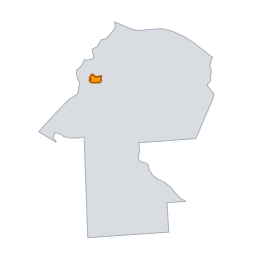 location of Chiquimula, Chiquimula, Guatemala, rotated 176°
{"feature_id": "79465075B13186946486683", "entity_name": "Chiquimula", "entity_type": "district", "adm_level": 2, "iso_a3": "GTM", "parent_name": "Guatemala", "parent_adm1": "Chiquimula", "projection": "natural_earth1", "projection_center": [-89.563, 14.792], "detail": "fine", "context": "in_parent", "style": "filled", "palette": "amber", "viewbox_px": 256, "rotation_deg": 176, "n_neighbors": 0, "source": "geoboundaries", "source_scale": "gbopen_adm2", "svg_char_len": 3214}
<svg xmlns="http://www.w3.org/2000/svg" viewBox="0 0 256 256"><g transform="rotate(176 128 128)"><path d="M38.7,192.4L39.8,191.1L40.8,188.0L42.1,184.8L41.3,181.1L40.9,178.1L42.3,173.8L42.2,170.5L42.8,168.5L44.8,167.2L45.9,164.8L40.2,156.2L40.2,154.3L40.9,151.9L45.7,142.7L51.3,131.9L57.4,119.9L61.1,112.7L74.6,112.7L83.5,112.7L94.8,112.6L107.1,112.6L115.2,112.6L118.5,112.6L118.0,107.9L118.4,102.7L119.9,98.0L119.9,95.9L117.5,93.4L112.8,91.9L110.2,89.6L110.2,86.8L109.1,83.4L106.8,79.3L102.2,75.2L95.1,71.0L89.0,65.3L84.1,58.2L79.9,53.6L76.6,51.7L75.8,50.7L85.4,50.8L94.4,50.8L94.4,40.6L94.5,31.6L94.6,21.3L110.9,21.3L130.3,21.4L150.5,21.4L166.4,21.4L175.7,21.4L175.3,34.1L174.8,48.8L174.4,59.6L174.0,74.0L173.5,88.8L172.8,108.9L172.4,121.9L172.6,122.2L177.9,121.5L185.7,122.1L187.7,122.1L190.1,123.2L191.9,123.5L195.9,126.5L200.6,128.7L203.6,124.2L202.0,121.5L200.8,120.2L201.0,119.0L217.3,130.5L215.4,132.3L211.3,136.4L203.8,143.5L197.0,149.8L190.6,155.5L184.7,160.7L184.0,161.2L176.6,164.9L175.4,166.6L173.8,173.8L173.1,175.6L174.4,179.7L175.8,185.9L175.3,189.2L170.2,193.2L167.9,196.8L166.8,199.2L165.9,198.6L164.3,198.4L160.7,199.3L158.9,199.5L157.4,200.5L157.3,202.8L158.2,206.4L158.6,208.3L157.6,209.2L153.1,211.4L151.3,213.5L149.6,216.9L147.6,218.3L145.5,218.0L144.1,218.5L140.9,221.0L136.2,225.9L133.7,229.5L133.6,232.2L134.1,234.7L117.0,226.1L111.3,224.6L87.2,224.8L76.9,221.4L65.1,214.9L57.2,209.0L38.7,192.4Z" fill="#d9dde1" stroke="#a8b0b8" stroke-width="1"/><path d="M151.3,177.6L151.2,178.0L151.3,178.5L151.4,179.0L151.5,179.2L151.6,179.5L151.6,179.8L151.6,180.1L151.5,180.4L151.4,180.5L151.3,180.9L151.3,181.2L151.2,181.3L150.9,181.5L151.0,181.7L151.4,181.8L151.9,181.8L152.1,181.8L152.3,181.8L152.6,181.5L152.8,181.6L153.0,181.6L153.7,181.4L153.9,181.4L154.2,181.4L154.5,181.4L154.9,181.4L155.2,181.4L155.3,181.2L155.6,181.0L155.8,180.9L156.2,181.1L156.4,181.3L156.7,181.4L156.9,181.4L157.1,181.5L157.3,181.5L157.6,181.7L157.7,181.8L157.7,182.1L157.9,182.0L158.1,182.0L158.3,182.1L158.5,182.2L158.6,182.3L158.6,182.5L158.5,182.8L158.6,183.0L158.7,183.4L158.8,183.6L159.0,183.8L159.3,183.9L159.6,183.8L159.9,183.8L160.4,183.9L160.5,184.0L160.8,184.0L160.9,183.7L160.9,183.4L160.8,183.2L160.9,182.9L161.2,182.8L161.5,182.7L161.7,182.3L161.9,182.1L162.4,181.6L162.5,181.5L162.6,181.3L162.7,181.2L162.4,181.0L162.3,180.9L162.3,180.7L162.4,180.4L162.5,180.4L162.6,180.1L162.1,180.0L162.0,179.8L161.9,179.6L161.7,179.6L161.6,179.4L161.6,179.2L161.6,178.8L161.8,178.7L162.0,178.6L162.4,178.7L162.6,178.8L162.7,179.0L162.8,179.0L162.9,178.9L163.1,178.3L163.1,178.2L163.1,177.8L163.1,177.7L162.9,177.7L162.6,177.4L162.4,176.8L162.4,176.7L162.2,176.5L162.2,176.4L162.1,176.1L161.9,176.0L161.6,176.0L161.2,176.0L160.9,176.0L160.6,175.9L160.3,175.7L160.2,175.6L159.7,175.5L159.3,175.5L159.2,175.5L158.9,175.5L158.6,175.5L158.4,175.5L158.2,175.5L157.9,175.5L157.7,175.5L157.5,175.4L157.0,175.4L156.7,175.4L156.4,175.4L156.2,175.4L155.8,175.4L155.6,175.5L155.3,175.4L155.0,175.6L154.8,175.7L154.3,175.6L153.4,175.0L153.2,175.1L152.4,175.8L152.0,176.2L151.9,176.2L151.9,176.3L151.7,176.6L151.5,176.8L151.5,177.0L151.4,177.3L151.3,177.6L151.3,177.6Z" fill="#f59e0b" stroke="#b45309" stroke-width="1.5"/></g></svg>